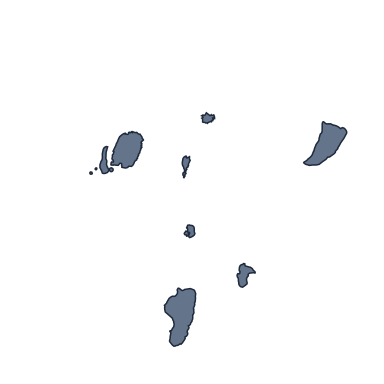 the district of Lomaiviti, Eastern, Fiji, rotated 34°
{"feature_id": "14151628B20319301670654", "entity_name": "Lomaiviti", "entity_type": "district", "adm_level": 2, "iso_a3": "FJI", "parent_name": "Fiji", "parent_adm1": "Eastern", "projection": "natural_earth1", "projection_center": [179.092, -17.678], "detail": "fine", "context": "isolated", "style": "filled", "palette": "slate", "viewbox_px": 384, "rotation_deg": 34, "n_neighbors": 0, "source": "geoboundaries", "source_scale": "gbopen_adm2", "svg_char_len": 6077}
<svg xmlns="http://www.w3.org/2000/svg" viewBox="0 0 384 384"><g transform="rotate(34 192 192)"><path d="M252.0,274.3L249.3,272.3L248.3,272.1L244.6,273.0L240.3,277.0L240.0,278.1L239.0,279.2L238.3,279.3L235.9,279.0L234.7,279.2L234.3,279.6L234.3,280.7L234.5,281.6L235.6,282.4L236.7,284.5L236.5,287.0L236.0,288.1L234.0,289.4L233.0,291.3L232.5,293.1L232.8,297.4L233.1,298.4L232.5,301.4L233.4,301.9L234.0,303.2L234.8,304.3L236.9,306.4L246.2,307.6L248.2,309.1L248.8,309.3L249.4,309.8L249.7,310.3L250.7,311.1L251.4,312.1L252.1,313.7L252.2,314.5L252.1,316.1L252.5,318.6L251.5,319.1L251.4,319.6L251.5,319.9L253.1,320.5L253.4,320.8L254.6,323.8L255.8,325.8L256.6,328.0L257.3,328.6L261.2,329.8L263.1,330.0L264.2,329.2L264.5,328.4L265.9,327.1L266.5,326.1L267.0,324.5L268.0,324.4L268.4,322.4L268.4,318.3L268.2,317.1L267.3,316.2L267.3,315.7L268.0,314.8L268.1,312.9L267.5,311.5L266.2,310.7L265.8,309.6L265.6,309.2L265.7,307.0L265.2,305.9L263.8,305.1L264.3,304.2L264.7,303.0L264.6,302.4L264.2,301.2L264.3,299.3L263.9,298.6L263.6,297.0L262.9,295.8L261.3,293.4L261.4,293.1L261.2,291.1L259.2,288.7L259.2,288.3L258.1,287.5L257.6,284.7L257.1,283.5L256.0,282.5L256.1,281.3L255.8,281.1L255.7,280.5L255.1,279.7L254.6,278.5L253.1,276.6L252.0,274.3ZM286.6,55.6L285.2,54.7L282.8,54.0L280.9,54.4L280.2,55.3L279.9,56.3L276.6,56.2L274.4,56.5L272.0,57.3L271.8,57.6L268.9,57.9L265.4,60.3L264.0,60.5L261.9,60.2L261.4,60.5L261.4,61.7L261.9,62.8L265.8,68.7L266.4,70.3L266.0,72.3L267.4,76.6L268.1,77.6L268.4,78.8L268.3,83.2L269.3,87.7L269.8,88.5L269.7,89.0L270.1,89.7L270.2,90.2L270.0,90.5L270.3,90.9L270.4,92.6L270.7,93.1L270.9,94.6L270.6,97.1L269.6,100.3L269.5,101.8L268.2,104.5L268.2,105.2L269.0,105.5L271.0,105.4L274.6,104.2L277.1,102.0L279.9,100.1L281.9,98.1L283.5,93.2L284.8,90.1L285.0,87.3L286.5,86.0L288.4,80.8L288.7,79.0L288.1,78.0L288.6,75.0L288.5,74.1L288.1,73.6L288.2,72.0L287.8,68.1L287.9,62.5L287.6,59.5L287.3,56.7L286.6,55.6ZM116.5,173.1L116.1,173.6L114.8,173.8L112.8,173.5L111.8,174.5L109.1,175.2L109.5,176.1L109.3,176.2L108.1,175.9L107.7,177.4L106.5,177.5L106.3,177.9L106.2,178.2L106.7,178.8L106.7,179.3L106.7,179.8L106.2,180.4L105.1,180.8L104.4,180.6L104.2,181.2L103.7,180.7L102.9,181.6L102.0,183.4L101.1,186.6L101.4,189.0L102.1,192.2L102.3,194.5L102.8,195.9L103.7,202.0L103.9,202.5L104.8,202.3L105.5,204.7L105.3,205.9L106.2,207.1L107.0,209.1L108.1,209.9L109.0,209.6L109.9,210.8L110.0,211.3L108.6,212.0L108.5,212.5L108.7,213.2L109.6,214.8L110.2,214.7L111.7,213.8L112.3,213.1L115.6,211.4L115.9,211.1L116.2,208.4L117.3,207.9L118.0,208.0L118.7,209.3L119.4,209.7L119.9,210.7L120.5,210.6L123.5,209.3L125.0,207.6L125.1,206.1L127.6,204.5L127.9,203.1L128.0,201.9L127.4,198.5L128.1,196.4L127.8,196.2L127.6,195.6L127.9,195.3L128.0,194.5L127.7,194.3L127.3,193.5L127.3,192.0L127.0,191.7L127.1,191.0L126.5,190.7L126.6,189.2L126.8,188.8L126.0,187.1L125.8,185.5L125.2,184.8L125.5,184.1L125.1,183.7L125.3,183.3L124.9,183.3L124.6,183.0L124.3,182.5L124.6,181.9L123.7,181.7L123.8,180.9L123.5,180.5L123.5,180.1L122.7,180.1L122.2,179.6L122.3,179.0L121.9,178.6L121.9,178.0L122.2,177.9L122.7,176.1L122.0,175.6L120.8,175.4L119.8,174.4L116.5,173.1ZM284.9,221.8L282.6,221.7L281.8,222.1L277.4,223.5L276.8,223.1L276.0,222.0L275.0,222.3L274.6,222.6L274.7,223.6L273.6,224.6L273.2,225.6L273.1,226.5L273.5,228.1L274.8,230.4L275.5,231.0L276.1,230.9L277.1,232.7L276.7,233.6L275.8,233.9L275.6,234.3L275.8,235.5L276.1,236.1L277.3,237.2L278.1,237.4L279.1,238.2L280.5,240.2L281.4,240.8L282.1,241.9L283.0,242.7L284.0,243.1L285.3,243.3L287.2,242.6L288.4,239.5L289.0,237.3L288.1,236.0L286.6,234.7L285.6,233.2L285.4,231.5L285.6,230.0L284.9,229.5L284.6,228.4L285.3,226.9L288.3,224.4L289.5,224.0L289.6,223.7L288.8,222.9L286.2,222.5L284.9,221.8ZM107.6,226.4L108.7,225.9L109.6,225.1L111.0,223.1L111.1,221.0L110.7,220.1L108.7,219.1L108.0,218.5L107.3,218.4L105.3,216.5L104.6,214.7L103.7,213.6L102.0,212.6L98.6,207.1L96.8,201.7L95.5,202.2L94.4,204.2L94.6,206.4L96.4,210.7L98.0,212.9L99.2,215.0L99.6,216.8L99.4,217.3L100.5,221.0L102.1,223.3L105.5,225.2L107.0,226.4L107.6,226.4ZM172.5,166.5L172.0,166.5L170.7,165.3L170.5,164.4L170.2,164.1L169.2,166.1L168.6,166.7L167.7,166.4L167.8,165.9L167.3,165.5L166.5,166.0L165.8,167.9L165.8,169.2L167.4,172.9L168.4,174.3L169.6,175.4L170.7,175.8L172.3,177.2L173.9,177.9L173.9,178.8L174.7,179.4L174.7,179.7L174.0,180.7L174.1,181.8L175.1,183.1L176.2,183.4L177.0,184.7L177.4,184.5L177.2,183.8L177.3,182.7L176.9,182.4L176.4,181.5L176.7,180.1L176.6,179.9L176.1,180.1L175.5,179.2L175.2,177.9L175.0,177.7L175.0,176.1L174.4,176.0L174.1,175.7L174.1,174.7L174.6,173.9L174.4,173.4L174.5,173.0L174.1,172.7L174.3,172.0L173.7,171.3L173.2,170.0L173.1,168.4L172.8,167.7L172.9,166.9L172.5,166.5ZM211.3,219.6L210.2,220.0L209.1,220.7L208.4,220.7L207.0,222.0L207.5,223.6L207.3,224.3L207.7,224.8L208.1,224.9L208.3,224.5L209.4,225.4L210.0,226.6L209.9,227.1L209.6,227.7L208.8,227.8L208.7,230.5L208.9,230.9L209.8,231.3L210.3,231.4L211.2,230.7L211.7,230.9L212.2,231.6L212.7,231.3L213.0,229.5L211.9,228.0L211.3,227.7L211.3,227.4L211.9,227.4L212.4,227.0L213.1,227.4L213.0,228.0L213.3,228.3L213.5,230.1L214.9,231.1L215.6,231.1L216.8,229.4L217.7,227.5L217.9,226.6L217.7,224.9L215.9,223.5L215.1,222.1L213.9,220.6L212.8,219.8L211.3,219.6ZM168.2,117.3L168.3,116.8L166.9,115.9L166.0,117.2L165.3,117.5L164.7,117.2L164.5,118.3L164.0,118.6L159.6,118.3L159.8,120.8L159.2,121.7L157.9,122.1L157.4,123.4L158.3,123.2L159.4,124.1L158.8,125.3L159.4,125.4L160.3,125.9L161.6,128.0L162.3,128.0L164.0,127.0L164.9,127.1L165.8,126.3L166.4,126.4L166.4,125.9L167.2,124.3L168.1,123.1L168.8,123.1L168.9,122.9L168.6,121.9L169.1,121.4L168.7,121.2L169.3,120.0L168.2,119.6L167.8,119.2L169.5,118.4L169.1,118.1L169.0,117.6L168.5,117.7L168.2,117.3ZM112.9,220.6L113.8,220.2L114.3,219.6L114.5,218.3L114.0,217.4L113.3,216.9L111.9,216.9L111.0,217.7L110.7,218.4L110.8,219.2L111.5,220.2L112.9,220.6ZM98.0,233.9L98.8,233.3L99.0,232.8L98.9,232.3L97.9,231.6L96.9,231.9L96.5,232.5L96.6,233.3L97.3,233.9L98.0,233.9ZM99.7,227.4L100.2,227.0L100.2,226.1L99.8,225.5L99.2,225.5L98.8,225.9L98.7,226.7L99.1,227.3L99.7,227.4Z" fill="#64748b" stroke="#1e293b" stroke-width="1.5"/></g></svg>